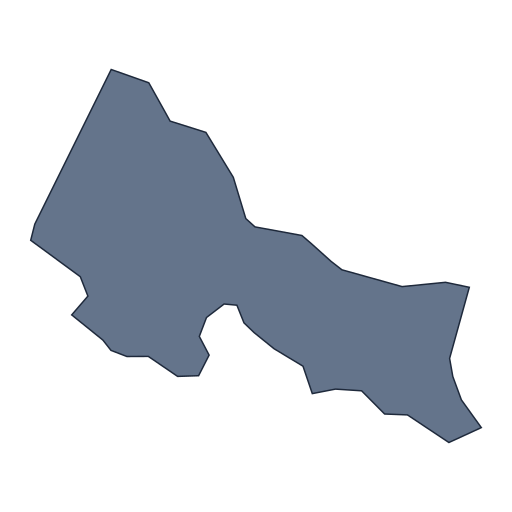 Goochland, Virginia, United States of America
{"feature_id": "52423323B67419476336365", "entity_name": "Goochland", "entity_type": "district", "adm_level": 2, "iso_a3": "USA", "parent_name": "United States of America", "parent_adm1": "Virginia", "projection": "equal_earth", "projection_center": [-77.893, 37.734], "detail": "fine", "context": "isolated", "style": "filled", "palette": "slate", "viewbox_px": 512, "rotation_deg": 0, "n_neighbors": 0, "source": "geoboundaries", "source_scale": "gbopen_adm2", "svg_char_len": 676}
<svg xmlns="http://www.w3.org/2000/svg" viewBox="0 0 512 512"><path d="M30.7,240.3L80.3,276.7L87.9,296.1L71.7,314.9L102.9,340.1L111.0,350.4L126.9,356.5L148.3,356.4L177.6,376.4L198.6,375.7L209.1,355.1L199.3,336.4L206.5,317.5L224.1,304.0L236.9,305.2L244.0,322.9L254.1,332.6L274.0,348.7L303.0,366.2L312.3,393.6L335.5,389.1L361.6,390.8L384.6,414.0L407.4,414.9L448.9,442.5L481.3,427.6L461.4,399.9L452.8,376.5L449.6,358.4L469.3,287.3L445.5,282.3L402.1,286.6L341.9,269.8L331.0,261.3L311.2,243.5L301.9,235.5L255.0,226.9L245.8,218.6L233.3,177.3L205.9,132.4L170.1,121.1L165.3,112.4L148.8,82.8L111.2,69.5L34.8,224.1L30.7,240.3Z" fill="#64748b" stroke="#1e293b" stroke-width="1.5"/></svg>